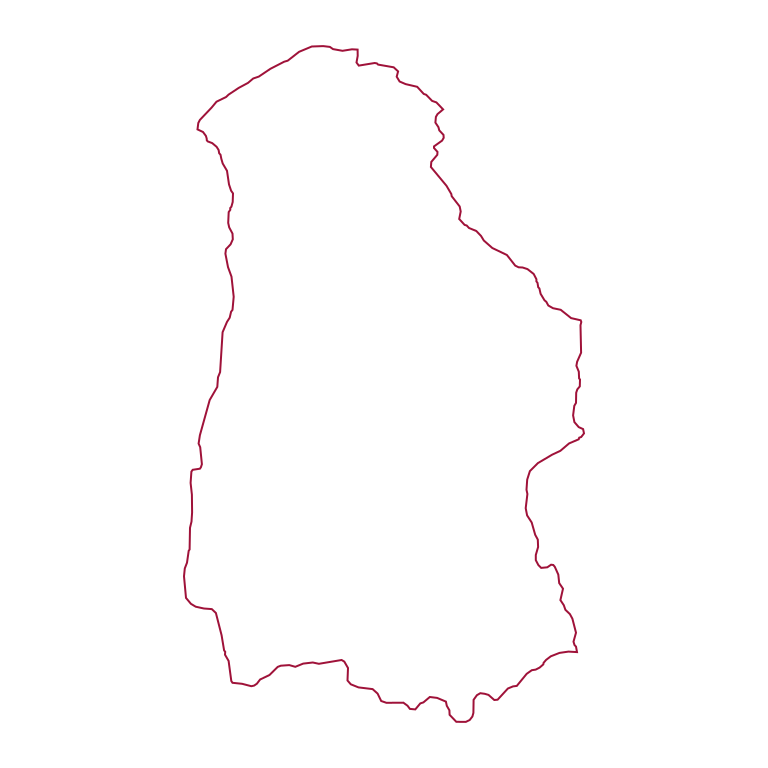 the district of San Pedro Pinula, Jalapa, Guatemala
{"feature_id": "79465075B26197491104474", "entity_name": "San Pedro Pinula", "entity_type": "district", "adm_level": 2, "iso_a3": "GTM", "parent_name": "Guatemala", "parent_adm1": "Jalapa", "projection": "orthographic", "projection_center": [-89.845, 14.713], "detail": "fine", "context": "isolated", "style": "outline", "palette": "rose", "viewbox_px": 768, "rotation_deg": 0, "n_neighbors": 0, "source": "geoboundaries", "source_scale": "gbopen_adm2", "svg_char_len": 3383}
<svg xmlns="http://www.w3.org/2000/svg" viewBox="0 0 768 768"><path d="M357.6,49.6L352.0,49.3L342.5,50.8L333.0,49.1L329.9,46.9L323.2,46.1L311.8,46.5L299.1,51.8L287.7,60.7L284.2,61.7L270.4,68.8L258.8,76.6L253.2,78.5L248.0,82.9L238.7,87.9L228.6,94.6L226.1,97.0L216.5,101.7L211.5,107.7L199.9,119.9L198.3,123.0L197.5,129.4L203.0,132.0L205.9,135.9L206.7,138.6L206.8,140.3L207.7,141.4L212.2,143.1L216.6,146.8L218.6,150.0L219.2,153.3L220.5,154.7L220.9,156.7L221.3,158.7L222.7,163.5L227.0,170.8L229.0,184.4L231.1,190.7L233.0,193.4L232.7,202.0L231.4,206.7L230.2,208.1L230.3,209.8L228.7,212.1L228.2,222.9L229.2,227.4L232.5,233.6L232.8,239.3L230.6,244.3L226.0,249.2L225.4,253.7L228.0,267.1L231.5,276.7L233.7,296.8L232.5,309.9L231.1,311.7L229.7,317.7L227.0,321.9L222.6,332.2L220.1,372.1L218.0,377.3L217.3,386.9L209.7,400.0L199.9,435.2L198.6,443.6L200.2,447.2L201.9,464.2L200.9,467.3L199.9,468.7L192.7,469.8L191.4,471.6L190.6,482.9L191.9,494.7L192.1,512.4L191.5,521.6L190.0,527.8L189.6,549.5L188.7,550.8L187.0,562.7L184.8,568.4L184.0,576.3L186.0,597.9L190.9,603.8L195.7,606.7L203.9,608.5L211.8,609.1L215.9,613.0L221.6,635.3L224.1,650.4L225.2,651.8L225.0,654.7L228.6,660.9L231.3,681.0L232.5,682.8L242.1,683.8L251.3,686.2L254.1,685.6L256.9,683.7L260.1,679.5L269.5,675.0L277.7,666.9L280.8,665.7L289.3,665.1L295.3,666.8L303.2,663.6L312.8,662.5L318.9,663.8L341.6,660.0L344.3,661.6L348.0,668.0L347.5,680.5L350.8,684.3L358.5,687.4L372.6,689.1L377.6,693.6L381.2,701.0L386.4,702.8L403.4,702.7L407.5,705.7L409.9,708.9L415.3,709.4L420.3,703.4L423.4,702.4L429.8,697.0L437.1,697.9L445.9,701.6L446.8,705.8L449.4,710.3L449.6,714.8L456.3,721.8L465.8,721.9L469.7,720.0L472.4,716.5L473.4,712.9L473.6,699.8L476.9,695.2L480.3,693.2L484.7,693.8L488.5,694.9L494.3,700.0L497.6,699.7L507.9,688.5L513.0,686.4L516.8,685.9L526.7,673.8L531.8,670.2L535.7,669.6L539.6,667.6L543.3,664.4L543.6,662.8L546.1,659.9L550.8,656.3L559.5,652.9L568.5,651.6L577.0,652.1L576.0,646.6L574.5,645.0L573.5,641.7L576.0,632.7L572.4,618.7L569.9,614.1L565.4,609.8L563.8,605.2L560.4,600.1L563.0,588.7L559.2,583.1L558.3,574.6L554.8,566.8L553.3,565.0L551.1,564.7L547.3,567.3L541.2,567.9L538.4,565.1L535.8,560.2L535.8,555.0L538.1,547.0L537.8,539.6L535.2,534.8L531.7,522.5L527.1,515.4L525.7,508.2L527.4,494.0L526.5,489.8L527.2,479.6L529.9,471.1L537.9,463.1L552.1,454.7L560.4,450.8L569.1,443.4L578.7,439.3L579.2,437.7L581.2,437.0L584.0,433.4L583.1,429.1L578.7,427.1L574.4,422.1L573.1,415.4L574.3,405.8L576.0,402.9L576.2,392.7L577.3,389.4L579.8,386.4L580.0,379.5L579.1,378.4L578.8,371.7L576.4,365.8L577.1,361.8L581.1,352.7L580.5,325.2L581.3,322.0L580.7,320.3L571.1,318.1L560.7,309.8L553.0,308.2L548.3,305.5L546.3,301.8L544.5,300.3L540.6,293.8L539.4,288.5L538.2,287.2L537.5,282.8L536.4,281.4L536.4,279.2L533.7,274.0L527.5,269.1L522.6,267.5L518.6,267.3L515.2,265.6L506.9,255.0L492.3,248.0L483.8,240.5L481.0,235.9L476.3,231.0L469.0,228.0L466.7,225.5L464.6,224.9L459.2,219.0L460.7,211.5L459.7,206.5L451.7,196.2L451.3,194.0L446.5,185.8L430.9,167.0L431.3,161.9L437.3,154.8L437.5,151.9L434.0,148.0L434.0,146.4L442.1,140.6L443.7,137.8L443.5,134.9L439.3,130.4L438.4,127.1L435.4,122.6L435.9,116.9L437.5,114.1L443.1,109.4L436.4,102.4L432.1,100.9L426.2,94.8L423.7,93.9L417.2,86.8L405.6,84.1L399.6,81.5L396.7,76.7L398.1,71.4L393.7,67.3L378.1,64.6L376.9,63.4L374.7,63.0L358.8,65.6L356.5,62.5L357.7,55.9L357.6,49.6Z" fill="none" stroke="#9f1239" stroke-width="2"/></svg>